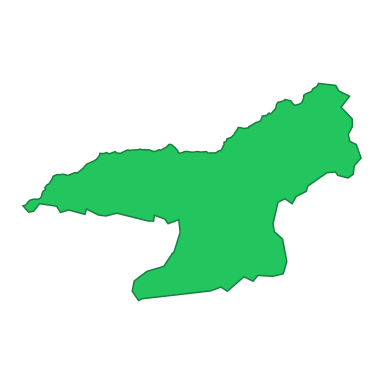 outline of Swain, North Carolina, United States of America
{"feature_id": "52423323B8638287595623", "entity_name": "Swain", "entity_type": "district", "adm_level": 2, "iso_a3": "USA", "parent_name": "United States of America", "parent_adm1": "North Carolina", "projection": "orthographic", "projection_center": [-83.557, 35.488], "detail": "fine", "context": "isolated", "style": "filled", "palette": "green", "viewbox_px": 384, "rotation_deg": 0, "n_neighbors": 0, "source": "geoboundaries", "source_scale": "gbopen_adm2", "svg_char_len": 2636}
<svg xmlns="http://www.w3.org/2000/svg" viewBox="0 0 384 384"><path d="M318.5,83.4L317.4,85.6L316.1,87.0L314.3,87.9L312.7,89.0L311.8,91.1L310.1,92.1L307.7,93.0L304.3,94.7L303.7,95.7L303.5,98.6L302.4,101.3L300.9,103.4L298.8,104.3L295.3,105.2L294.3,105.0L292.2,102.8L290.8,100.8L284.9,99.5L283.8,100.7L279.7,102.1L278.9,101.9L277.9,102.4L277.0,103.6L276.2,105.1L276.3,106.3L276.0,107.5L275.1,109.0L271.4,113.4L270.9,113.7L270.0,113.7L269.2,113.1L268.6,113.3L267.3,114.5L266.8,115.6L265.8,115.5L262.2,116.1L262.3,116.8L260.6,120.5L258.9,121.8L255.9,122.5L254.9,123.1L252.4,124.8L248.8,126.6L248.6,127.6L248.3,127.8L243.8,128.5L240.0,127.5L238.1,127.5L237.5,129.1L235.3,132.1L233.9,134.7L230.9,137.5L227.2,138.7L226.7,139.3L226.7,140.7L225.6,141.6L224.0,142.3L223.9,142.6L224.2,144.5L223.3,145.8L221.3,150.2L218.7,150.9L215.8,152.9L207.7,153.0L206.5,151.6L200.6,152.1L197.8,151.5L193.0,152.2L190.0,152.0L187.1,151.4L184.4,151.6L182.8,152.4L180.4,153.1L178.9,153.0L178.2,152.4L177.9,150.9L175.2,147.8L172.0,145.0L170.7,144.4L169.0,144.4L166.3,147.2L160.2,150.4L159.1,149.8L157.6,150.2L157.0,150.8L155.6,151.3L153.5,151.5L150.2,150.2L148.2,149.7L146.9,150.2L146.1,149.7L144.7,149.6L141.8,149.8L140.5,149.1L137.1,149.9L131.3,150.1L130.1,150.5L129.5,150.5L128.8,150.0L127.3,150.0L121.6,152.7L120.5,153.5L116.4,152.8L115.3,151.6L109.3,153.8L106.3,152.5L105.1,153.1L103.0,153.6L100.0,153.3L99.4,155.7L96.4,159.4L93.6,161.1L87.0,164.0L84.3,166.6L83.8,167.7L77.1,173.2L76.3,172.8L74.5,172.7L70.9,174.3L67.4,175.5L65.1,174.6L62.9,174.2L59.8,174.7L57.2,174.5L54.0,175.8L53.0,176.6L52.2,178.9L48.9,183.9L48.5,184.3L47.4,184.5L45.0,187.3L44.9,188.0L45.4,188.5L45.4,189.1L44.9,190.2L43.1,191.2L42.1,193.6L41.6,196.0L40.5,198.0L38.4,199.2L37.2,199.3L34.9,199.1L32.9,199.3L29.8,200.3L27.6,202.5L27.2,203.6L24.5,205.6L23.0,205.9L28.7,212.2L33.7,211.2L39.5,203.7L56.6,206.2L60.5,212.5L68.8,210.0L85.0,214.4L86.3,209.0L98.7,215.1L106.0,216.0L116.8,213.2L148.2,221.0L153.6,221.1L154.3,215.3L164.8,219.0L168.1,223.7L178.8,219.7L180.1,232.4L173.8,252.7L173.3,252.9L172.3,253.2L172.2,253.6L172.0,254.0L163.7,266.4L147.0,271.3L134.2,281.0L132.2,291.2L138.6,300.6L141.7,298.8L209.6,291.0L210.2,291.0L220.9,287.1L227.4,291.2L243.9,276.8L253.1,281.2L257.9,275.4L272.9,276.3L283.3,273.7L286.8,261.5L282.6,239.1L274.3,231.6L273.0,223.9L278.0,202.3L284.9,198.8L292.2,203.7L296.2,196.4L306.2,191.4L307.8,186.1L327.0,172.7L335.4,172.0L337.8,175.4L348.1,178.0L353.2,174.3L354.3,165.8L361.0,158.0L356.2,144.4L349.8,141.4L348.3,134.3L352.3,126.9L352.3,119.0L341.1,107.2L349.6,96.2L338.8,90.9L335.7,85.4L318.5,83.4Z" fill="#22c55e" stroke="#15803d" stroke-width="1.5"/></svg>